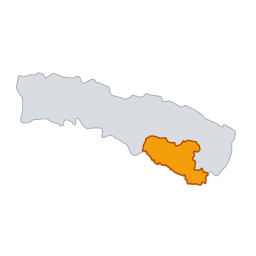 location of Karnali within Nepal, rotated 174°
{"feature_id": "NPL-1126", "entity_name": "Karnali", "entity_type": "Administrative Zone", "adm_level": 1, "iso_a3": "NPL", "parent_name": "Nepal", "parent_adm1": "", "projection": "natural_earth1", "projection_center": [82.262, 29.569], "detail": "fine", "context": "in_parent", "style": "filled", "palette": "amber", "viewbox_px": 256, "rotation_deg": 174, "n_neighbors": 0, "source": "natural_earth", "source_scale": "10m", "svg_char_len": 6411}
<svg xmlns="http://www.w3.org/2000/svg" viewBox="0 0 256 256"><g transform="rotate(174 128 128)"><path d="M232.7,144.4L233.7,145.3L233.9,146.7L233.7,148.3L232.6,151.7L231.7,154.1L230.6,159.1L229.7,167.8L229.9,169.3L233.1,174.3L234.4,178.2L234.5,180.8L233.2,185.2L231.8,190.1L231.1,191.2L230.3,191.6L226.4,189.9L223.8,190.2L220.7,191.1L217.6,190.9L214.9,190.4L211.6,192.3L208.4,191.3L206.4,190.0L205.0,186.6L204.4,186.2L197.8,189.8L196.2,190.0L192.0,188.0L188.6,186.1L187.3,185.6L184.0,184.8L181.1,184.4L177.8,183.2L173.9,184.7L172.3,184.6L170.7,183.5L169.9,181.2L169.7,179.0L168.4,177.5L166.3,177.1L163.3,178.5L159.0,180.3L157.6,180.0L156.4,179.5L155.9,179.0L155.3,176.9L154.6,176.5L153.6,176.4L151.8,175.9L149.6,174.4L143.0,170.8L142.2,169.1L142.2,165.6L141.8,164.1L141.0,162.6L137.6,161.0L131.0,158.5L127.3,156.5L125.6,157.4L122.2,158.3L120.4,160.1L118.3,159.5L113.2,157.6L110.4,157.3L108.8,157.9L108.4,159.0L106.3,160.3L104.3,159.3L100.4,158.0L96.9,157.2L91.7,155.6L91.1,153.1L90.2,150.7L89.0,150.3L84.3,150.7L80.0,148.1L75.4,144.6L73.4,143.5L72.1,143.1L71.0,143.5L69.7,144.3L68.6,144.5L66.1,143.1L62.9,141.0L59.0,138.4L54.4,134.7L52.5,132.7L51.6,131.2L50.7,129.7L46.7,127.3L43.5,125.5L39.7,123.2L39.1,122.8L37.7,121.4L35.5,119.7L33.7,119.2L33.1,120.2L32.6,121.1L31.1,120.9L28.6,119.2L26.1,117.4L24.0,115.7L22.0,114.0L21.5,112.7L22.4,108.8L23.6,105.4L24.6,104.7L26.3,102.4L26.9,98.5L26.9,95.2L28.5,90.5L30.8,85.4L34.6,80.1L36.3,78.3L38.2,77.1L41.7,73.1L42.5,72.4L44.0,71.4L45.5,71.2L46.7,71.7L47.9,73.7L49.3,75.7L51.0,75.6L53.1,73.9L57.3,66.2L63.2,64.6L68.7,65.4L73.6,66.5L75.1,69.1L76.0,71.8L76.6,73.2L78.2,74.9L85.2,78.7L89.2,82.2L94.8,86.9L98.9,89.0L102.6,89.2L104.7,91.0L107.8,94.7L110.5,98.9L113.8,102.8L116.1,102.7L119.2,101.4L123.0,99.7L125.3,100.6L127.3,101.6L128.1,103.6L129.3,107.5L130.7,111.4L132.9,112.8L135.5,114.8L136.9,116.4L141.8,119.4L142.5,120.6L143.5,121.4L144.7,122.0L145.6,122.6L147.2,122.8L152.8,121.0L154.3,121.2L155.1,121.5L155.2,122.2L154.2,125.0L153.3,128.5L154.2,130.3L156.6,131.0L161.8,131.6L168.8,131.5L170.9,133.3L173.1,136.0L175.2,140.7L176.1,142.6L177.2,143.2L179.0,142.4L179.3,140.5L179.3,137.7L180.9,136.7L181.8,137.4L183.0,139.6L185.9,141.6L188.0,142.6L190.0,142.2L190.9,141.5L191.8,137.6L193.4,137.1L195.4,137.3L196.1,138.1L197.0,139.6L199.4,140.4L201.8,141.3L204.1,142.6L207.3,145.5L211.2,146.0L215.7,145.9L218.1,146.0L219.9,146.2L221.5,146.0L226.1,143.9L228.0,143.8L230.4,144.0L232.7,144.4Z" fill="#d9dde1" stroke="#a8b0b8" stroke-width="1"/><path d="M62.4,63.7L63.0,63.8L66.2,65.4L66.7,65.5L67.3,65.4L67.9,65.2L68.4,65.1L69.5,65.6L70.4,65.5L71.0,65.7L71.2,65.8L71.5,66.3L71.7,66.5L71.9,66.5L72.2,66.4L72.4,66.3L72.7,66.2L73.8,66.1L74.4,66.2L74.8,66.4L74.9,66.9L74.6,68.7L74.7,69.6L75.0,70.1L75.5,70.5L76.1,70.7L76.5,71.1L76.4,71.7L75.8,72.9L75.8,73.4L76.0,74.0L76.2,74.7L76.5,75.0L77.0,75.1L77.5,74.9L78.0,74.8L79.1,75.6L79.7,75.7L80.2,75.7L80.8,75.9L81.0,76.1L81.3,76.6L81.5,76.8L82.0,76.8L82.4,76.8L82.8,76.8L83.2,77.1L83.5,77.5L83.9,78.0L84.4,78.3L84.9,78.6L86.1,79.0L86.6,79.3L88.6,82.0L89.0,82.3L89.3,82.3L89.9,82.1L90.1,82.1L90.4,82.3L90.4,82.6L90.3,82.9L90.2,83.3L90.5,83.8L92.1,85.2L92.6,86.0L92.8,86.2L93.2,86.4L93.5,86.5L93.9,87.1L94.3,87.7L94.8,87.5L95.4,87.0L95.9,86.8L96.2,86.9L96.6,87.4L96.8,87.5L97.0,87.6L97.6,87.5L97.9,87.5L99.4,88.9L99.6,89.2L100.0,90.0L100.3,90.2L100.6,90.2L100.8,89.9L100.9,89.4L101.0,89.1L101.9,88.8L102.5,88.8L102.8,88.8L103.1,88.9L103.4,89.2L103.5,89.4L103.6,89.8L103.9,90.1L104.3,90.2L104.5,90.3L105.2,91.0L105.4,91.4L105.4,91.9L105.3,92.1L105.2,92.3L105.1,92.5L105.0,92.9L105.5,93.6L107.1,93.2L107.8,94.0L107.9,94.6L107.8,95.0L107.9,95.4L108.7,96.1L108.7,96.5L108.7,96.9L108.8,97.3L109.1,97.6L109.5,97.8L109.8,98.0L110.0,98.9L110.3,99.2L111.0,99.5L111.5,99.8L111.7,100.3L112.0,101.5L112.0,102.2L112.1,102.5L112.3,102.8L112.6,102.9L113.2,103.0L113.5,103.3L113.8,103.5L114.9,103.7L115.3,103.7L115.7,103.5L115.9,104.6L115.8,104.9L115.5,105.2L115.2,105.5L115.0,105.8L114.9,106.2L114.6,108.7L114.5,109.1L114.4,109.4L114.1,109.7L112.7,111.7L112.2,112.5L111.4,115.2L111.0,115.7L108.7,116.6L108.1,117.0L107.5,117.2L106.3,117.5L105.8,117.5L104.9,117.4L104.3,117.4L103.9,117.3L103.2,117.1L102.5,116.9L101.5,116.7L97.6,114.6L97.0,114.4L96.6,114.3L95.0,114.4L93.7,114.3L93.4,114.3L93.1,114.4L92.6,114.5L92.3,114.4L91.0,113.5L90.9,113.2L90.8,112.9L90.8,112.5L90.8,112.0L90.8,111.6L90.6,111.3L89.6,110.2L89.2,109.8L88.8,109.6L87.3,109.1L85.7,108.4L85.1,108.3L84.9,108.5L84.5,108.7L84.2,108.8L83.8,108.8L83.2,108.5L83.1,108.4L83.0,108.2L82.9,108.1L82.9,107.9L83.0,107.5L83.1,107.3L83.1,107.1L83.2,106.8L83.2,106.5L83.1,106.2L83.0,105.8L81.8,105.2L79.9,105.2L79.5,105.3L76.9,106.5L76.6,106.7L76.4,106.9L76.1,107.5L75.9,107.7L75.7,107.9L75.5,108.1L75.3,108.3L75.2,108.7L74.8,109.1L74.5,109.3L74.1,109.3L73.9,109.2L73.7,108.9L73.6,108.6L73.4,108.4L72.8,108.3L70.5,109.4L68.4,109.2L67.9,109.0L67.3,108.7L66.9,108.5L66.4,108.3L65.0,108.1L62.9,107.3L62.0,107.1L61.5,106.9L61.3,106.8L61.3,106.6L61.4,106.3L61.3,105.5L60.7,104.6L60.3,104.2L60.0,103.9L59.2,103.4L59.0,103.2L58.9,102.8L58.8,102.3L59.0,100.4L58.8,99.9L58.7,99.6L58.7,99.2L58.8,98.9L59.1,98.6L59.9,97.7L60.3,97.4L61.4,97.0L61.7,97.0L62.2,97.0L62.4,97.0L62.6,97.1L63.3,97.8L63.6,97.9L63.9,97.9L64.3,97.8L65.2,97.5L65.4,97.0L65.1,96.5L64.9,95.9L64.8,95.1L64.8,94.4L64.9,93.8L65.0,93.2L65.3,92.8L66.3,92.1L66.7,91.6L66.9,91.0L66.9,90.5L66.9,89.8L66.8,89.5L66.7,89.3L66.2,89.2L65.6,88.9L65.3,88.7L65.0,88.4L64.7,88.0L64.6,87.4L64.5,87.1L64.5,86.8L65.3,84.3L65.4,83.5L65.5,82.5L65.5,82.1L65.6,81.9L65.8,81.7L66.1,81.4L66.3,81.2L66.5,81.0L66.6,80.8L66.6,80.5L66.6,80.2L66.5,79.9L66.2,79.6L65.9,79.5L64.9,79.3L64.4,79.1L64.1,78.8L63.8,78.7L63.3,78.6L61.4,78.7L61.1,78.7L60.8,78.8L60.2,79.1L59.6,80.2L59.4,80.3L59.1,80.2L58.8,80.1L58.3,79.7L58.2,79.4L58.1,79.1L58.2,78.5L58.2,78.2L58.2,77.9L58.1,77.6L58.0,77.4L57.9,77.2L57.6,76.6L57.4,76.1L57.2,76.0L56.6,76.0L55.8,76.1L55.5,76.0L55.3,75.9L55.0,75.6L54.8,75.4L54.2,75.2L53.6,74.8L53.4,74.6L53.5,74.3L53.6,73.9L53.6,73.6L53.4,73.1L53.4,72.9L53.7,72.7L54.1,72.7L54.5,72.7L54.8,72.6L55.2,72.3L55.5,71.9L55.7,71.4L55.9,70.4L56.2,69.8L56.3,69.5L56.3,69.2L56.1,68.7L56.0,68.4L56.0,67.3L56.1,66.8L56.4,66.4L56.5,65.9L56.5,65.4L56.5,65.0L57.1,64.9L57.5,65.1L58.5,66.1L59.0,66.4L59.7,66.5L60.0,66.4L60.3,65.1L60.4,64.9L60.6,64.7L61.1,64.6L61.5,64.5L61.6,64.2L61.7,63.9L61.9,63.7L62.4,63.7Z" fill="#f59e0b" stroke="#b45309" stroke-width="1.5"/></g></svg>